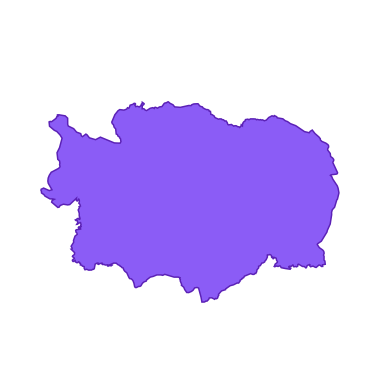 outline of Bukama, Katanga, Democratic Republic of the Congo, rotated 255°
{"feature_id": "63176286B12691977822681", "entity_name": "Bukama", "entity_type": "district", "adm_level": 2, "iso_a3": "COD", "parent_name": "Democratic Republic of the Congo", "parent_adm1": "Katanga", "projection": "mercator", "projection_center": [26.071, -8.833], "detail": "fine", "context": "isolated", "style": "filled", "palette": "violet", "viewbox_px": 384, "rotation_deg": 255, "n_neighbors": 0, "source": "geoboundaries", "source_scale": "gbopen_adm2", "svg_char_len": 5924}
<svg xmlns="http://www.w3.org/2000/svg" viewBox="0 0 384 384"><g transform="rotate(255 192 192)"><path d="M288.7,165.1L287.8,163.1L289.1,161.2L289.0,159.8L290.8,159.3L291.5,160.2L291.9,160.2L292.4,159.8L292.6,158.9L292.0,157.5L291.9,154.7L289.7,153.2L289.3,152.6L290.1,151.5L289.0,150.4L288.7,147.5L290.3,143.5L289.6,141.5L286.6,137.5L280.3,132.6L278.6,132.7L277.5,133.5L274.6,133.6L272.7,134.6L267.6,133.8L266.8,134.8L265.3,134.9L263.8,136.2L263.0,136.1L262.0,136.7L259.0,136.4L257.8,135.1L259.5,129.7L268.7,117.7L267.5,112.4L270.9,106.9L274.4,105.4L275.4,104.5L273.8,100.6L274.8,99.7L277.2,99.6L279.7,96.0L283.8,94.1L287.7,89.6L289.3,89.4L295.5,91.0L298.4,89.2L300.9,83.7L301.5,81.4L300.6,82.4L300.0,82.2L299.8,81.0L298.3,79.7L296.3,74.7L296.5,73.6L296.9,73.3L296.7,72.1L292.4,71.4L287.3,74.9L285.4,77.1L281.3,79.3L277.6,80.4L269.2,75.6L264.9,71.8L258.3,70.8L256.2,72.1L253.9,71.8L252.8,71.2L250.8,71.1L250.1,70.6L249.3,69.1L247.5,61.1L245.1,58.5L242.7,56.7L239.9,55.6L237.6,55.4L230.4,57.3L230.3,54.5L234.2,49.7L233.7,47.0L232.5,46.5L231.6,46.7L230.0,46.4L227.8,48.3L226.1,48.9L222.1,53.0L221.4,55.6L220.6,57.1L220.0,54.7L218.5,53.8L211.8,58.4L211.8,59.8L213.1,61.2L213.5,64.6L211.7,68.6L211.5,70.7L216.0,78.9L213.8,78.1L213.3,78.4L213.0,78.9L214.4,80.8L213.8,81.0L212.4,80.9L210.3,79.8L209.2,80.5L207.3,80.6L207.0,79.1L206.1,79.3L204.1,77.4L200.7,77.6L198.1,76.9L195.4,77.0L194.7,76.5L194.9,75.9L195.9,75.5L196.0,74.3L195.5,73.7L195.2,72.1L194.5,72.5L193.9,73.8L191.9,73.7L190.6,72.3L190.5,73.1L191.2,74.4L191.3,76.4L189.2,76.4L188.5,75.7L187.5,76.1L187.2,75.8L187.6,73.5L187.1,73.0L186.4,73.1L186.1,74.9L185.0,74.8L185.5,70.5L185.0,69.7L183.1,69.6L182.2,70.2L180.8,70.2L179.7,67.6L175.9,65.0L174.1,64.7L170.9,61.2L168.7,61.7L168.1,61.4L168.1,60.4L163.8,62.9L162.1,62.3L161.3,60.3L160.6,59.8L158.8,61.1L158.0,61.1L157.7,59.7L157.1,58.8L156.2,58.8L155.6,59.2L156.0,61.4L154.8,61.2L153.5,62.5L153.4,63.3L153.9,64.3L153.2,65.1L152.5,65.0L151.9,65.8L150.4,65.3L149.8,66.6L148.8,66.9L147.9,68.5L146.0,68.1L144.6,68.5L144.6,70.3L143.3,71.9L142.6,74.8L143.0,76.2L142.8,77.0L143.3,77.8L147.4,79.8L147.9,82.0L147.5,83.0L146.6,82.5L146.2,83.2L146.7,84.1L146.6,86.7L146.0,86.9L145.5,86.5L145.1,86.8L144.8,88.3L143.9,89.3L143.5,91.6L142.5,91.3L142.1,91.7L142.3,93.1L141.6,94.9L142.0,95.8L143.0,93.9L143.6,98.0L142.8,100.5L141.2,101.4L139.6,103.3L138.9,103.4L138.0,104.5L137.2,104.7L136.3,105.9L134.7,105.9L132.8,106.6L130.8,108.1L125.4,109.0L124.4,109.5L123.7,111.0L121.8,112.0L119.0,112.3L115.3,112.1L114.4,112.6L114.1,113.6L114.6,115.9L114.3,117.3L114.6,118.4L116.7,120.5L117.6,122.5L117.8,124.8L118.8,125.4L120.6,129.7L120.5,132.7L121.0,136.5L119.9,140.6L119.1,142.2L119.5,144.4L114.4,152.7L113.4,156.6L112.3,158.3L111.3,157.6L110.6,158.1L109.2,157.6L105.5,158.1L104.7,157.6L102.1,159.4L99.6,159.7L96.3,160.9L95.7,162.8L96.1,165.8L96.9,167.7L98.7,169.7L98.5,172.1L97.6,173.5L88.3,173.5L83.1,173.1L82.5,175.7L83.0,177.2L82.7,178.2L83.9,180.3L85.2,181.3L84.7,183.7L82.5,186.1L83.1,187.1L82.6,187.8L82.7,188.7L83.2,189.5L84.2,189.9L85.3,191.1L86.3,191.1L88.8,194.9L89.0,199.1L89.7,199.4L91.6,204.6L91.6,208.1L92.4,211.9L92.0,213.5L93.5,215.4L94.3,215.6L95.0,217.7L95.5,217.9L95.9,219.8L97.1,220.8L98.0,227.5L96.7,229.3L96.4,230.6L97.1,231.9L96.8,232.5L98.2,233.8L100.0,234.6L101.5,236.8L103.0,237.1L103.2,238.9L105.3,241.1L105.1,242.2L105.6,244.0L106.7,244.9L107.3,246.0L109.7,248.0L111.6,248.4L111.7,248.9L111.3,250.0L111.5,250.8L111.0,251.7L110.0,252.2L108.4,252.0L108.0,252.3L108.3,253.2L107.9,253.5L106.7,253.0L106.5,253.4L107.4,254.8L106.2,256.2L104.3,256.0L102.6,256.5L101.9,256.1L100.7,253.5L99.8,253.1L98.8,252.1L98.4,252.6L98.6,254.6L97.8,255.8L98.0,257.5L97.7,258.0L95.8,258.6L93.9,262.4L92.0,266.8L92.8,267.7L94.3,266.1L94.9,266.2L95.1,267.0L94.5,268.6L95.4,270.4L95.1,270.8L93.8,270.7L93.4,271.0L93.2,272.9L92.6,273.7L93.1,275.0L94.6,275.5L94.7,276.3L91.5,279.4L90.9,281.3L89.3,282.2L89.3,282.9L91.1,284.2L91.6,286.6L91.1,287.1L90.3,286.6L89.1,287.2L89.1,289.7L87.3,291.7L87.0,292.4L88.6,295.7L88.3,296.5L86.5,297.9L86.3,299.0L87.9,299.2L87.7,302.0L90.9,302.5L92.1,301.9L95.6,302.9L97.0,302.7L98.7,303.8L100.6,303.9L102.2,303.2L105.3,300.6L108.8,299.4L109.5,299.9L111.0,304.2L118.4,312.0L119.9,312.8L125.3,317.2L133.9,321.0L136.3,321.6L138.5,322.9L140.4,325.8L146.9,329.8L147.4,330.6L153.1,333.7L157.9,334.1L160.3,333.9L168.1,331.3L170.6,331.0L172.3,330.0L172.6,330.9L171.9,336.1L172.1,337.1L173.0,337.6L183.7,335.7L184.4,335.8L185.6,337.0L186.8,337.3L188.5,336.6L190.4,335.1L193.5,335.5L197.4,333.9L198.7,334.3L200.0,335.6L201.2,335.9L202.5,335.6L204.5,334.0L207.3,330.5L209.0,329.5L210.3,329.7L212.2,328.9L216.7,325.9L220.7,324.2L220.0,321.9L218.9,320.6L221.2,316.3L229.2,309.4L232.6,304.7L235.3,302.5L236.7,300.5L239.2,298.7L241.6,293.5L242.8,293.3L244.5,291.3L243.8,290.6L244.9,289.0L244.1,285.4L242.2,282.4L242.1,280.3L243.4,278.9L243.6,277.5L244.1,277.1L244.2,275.8L245.3,273.7L245.1,273.0L246.2,272.0L247.5,267.5L247.1,265.7L247.9,264.8L248.1,262.4L246.8,261.5L246.6,260.5L245.8,259.3L245.3,259.2L244.9,258.5L242.8,257.8L244.1,256.9L243.0,256.4L242.0,254.8L242.7,254.4L243.4,252.8L244.3,252.2L244.9,250.8L244.9,249.3L247.0,247.6L247.4,244.7L247.9,244.1L249.8,244.0L251.8,243.4L252.1,242.1L253.6,241.1L254.2,239.7L254.9,239.4L255.5,237.7L255.4,236.6L257.7,233.7L258.6,233.2L259.5,233.2L261.6,231.4L262.1,230.3L265.1,230.7L265.6,229.6L266.5,229.6L267.5,228.6L267.9,227.2L269.2,225.6L270.6,224.3L271.5,224.1L272.5,222.4L273.6,221.5L275.4,220.9L275.8,220.3L276.6,216.5L276.4,214.5L275.7,213.4L276.4,211.3L276.8,202.6L278.7,197.3L281.2,196.2L283.4,193.7L285.2,192.5L285.3,191.8L284.8,190.3L285.0,188.9L284.7,188.0L282.3,185.1L282.6,182.6L281.9,180.3L283.3,178.7L283.3,177.7L282.5,177.1L283.6,176.0L283.7,173.3L282.4,169.2L283.2,168.0L284.5,167.4L285.0,166.8L285.3,165.4L288.3,166.4L289.0,168.2L289.8,168.6L291.5,167.2L290.5,166.9L289.9,165.8L288.7,165.1Z" fill="#8b5cf6" stroke="#5b21b6" stroke-width="1.5"/></g></svg>